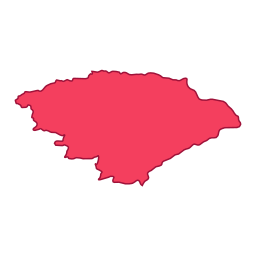 SVG path tracing the border of Ysyk-Köl
{"feature_id": "KGZ-1117", "entity_name": "Ysyk-Köl", "entity_type": "Region", "adm_level": 1, "iso_a3": "KGZ", "parent_name": "Kyrgyzstan", "parent_adm1": "", "projection": "albers", "projection_center": [77.293, 42.048], "detail": "fine", "context": "isolated", "style": "filled", "palette": "rose", "viewbox_px": 256, "rotation_deg": 0, "n_neighbors": 0, "source": "natural_earth", "source_scale": "10m", "svg_char_len": 5285}
<svg xmlns="http://www.w3.org/2000/svg" viewBox="0 0 256 256"><path d="M238.1,116.4L238.4,117.3L238.6,119.5L238.9,120.5L239.4,121.5L240.1,122.3L240.5,123.2L240.6,124.5L239.4,126.6L237.0,127.5L224.8,127.7L222.3,128.5L220.5,129.3L219.7,129.9L219.1,130.9L218.7,132.1L218.2,134.6L217.8,135.7L216.1,137.5L213.9,137.8L211.6,137.8L209.4,138.4L206.7,140.5L203.6,141.8L199.8,144.6L198.8,145.0L197.6,145.0L194.5,144.1L193.4,144.4L192.6,145.0L190.3,147.2L189.3,148.0L188.2,148.5L185.9,149.1L184.0,149.9L178.6,154.0L175.6,154.7L174.7,155.1L170.4,158.4L163.7,161.1L163.1,161.5L162.4,162.1L162.1,162.8L161.7,164.5L161.2,165.1L159.5,165.9L155.8,166.8L151.3,170.4L149.4,171.3L148.5,171.9L147.7,172.9L147.5,174.1L148.4,176.7L148.6,177.8L148.1,179.0L147.2,179.8L145.2,181.0L144.4,181.8L143.2,183.6L142.3,185.5L141.3,184.8L140.7,184.1L140.4,183.5L140.0,182.5L139.6,181.5L139.3,181.1L138.9,180.7L138.5,180.5L138.0,180.3L137.5,180.3L137.2,180.3L136.6,180.6L135.5,181.3L134.8,181.9L132.6,183.2L131.4,183.5L129.0,183.8L125.4,183.8L119.0,182.2L114.4,182.3L113.7,182.1L113.2,181.9L113.1,181.7L112.9,181.0L112.9,180.3L113.0,179.9L113.1,179.5L113.7,178.0L113.9,177.7L113.9,177.3L113.7,176.9L113.2,176.5L112.5,176.4L110.8,176.3L110.3,176.4L108.6,177.2L100.5,179.6L98.9,179.8L98.6,179.6L98.6,179.3L98.8,178.9L99.0,178.7L99.5,178.3L99.7,178.0L99.9,177.7L100.1,177.4L100.7,175.3L100.7,174.5L100.8,174.1L100.9,173.8L101.7,172.6L101.9,172.3L101.9,172.0L101.8,171.7L101.5,171.4L101.2,171.2L99.6,170.2L97.0,169.0L96.4,168.3L96.3,167.9L96.3,167.6L96.0,166.3L95.8,165.5L95.5,164.9L95.3,164.2L95.5,163.9L95.9,164.1L96.0,164.2L96.4,164.3L96.8,164.1L97.2,163.8L98.0,161.5L98.4,159.8L98.7,157.1L98.3,155.8L98.1,155.8L97.8,155.8L97.1,156.4L96.1,156.8L94.4,157.2L94.0,157.4L93.4,157.8L93.0,158.1L92.4,158.4L91.9,158.6L83.0,158.7L80.2,158.0L76.7,157.7L76.2,157.7L75.5,157.9L74.0,158.6L73.0,158.8L71.8,158.9L69.4,158.6L69.0,158.5L68.7,158.3L68.5,158.0L68.4,157.7L68.2,157.4L67.9,157.1L67.3,156.9L66.9,156.9L66.0,157.2L65.2,157.4L64.8,157.3L64.7,157.1L64.8,156.7L65.0,156.4L65.8,155.2L66.3,154.2L66.6,153.4L66.7,153.0L66.8,151.9L66.9,151.5L67.0,151.1L67.2,150.7L68.0,149.5L68.1,149.1L68.4,147.9L68.4,147.5L68.4,147.2L68.2,146.9L68.0,146.6L67.0,145.9L65.7,145.3L64.9,145.0L64.4,144.9L64.1,144.9L63.2,145.4L62.2,145.6L55.7,145.2L55.3,144.6L55.2,144.3L54.5,143.3L55.2,141.9L55.7,141.5L56.3,141.2L56.7,141.1L57.8,141.0L60.9,141.2L62.4,141.1L62.8,140.8L63.0,140.4L63.1,139.3L63.2,139.0L63.7,137.4L64.7,135.2L64.3,134.9L63.9,135.0L62.8,135.6L62.5,135.6L62.1,135.6L61.3,135.4L59.8,134.8L55.8,132.6L55.1,132.5L51.4,132.3L51.1,132.2L49.6,131.6L48.5,130.9L46.6,130.4L46.2,130.3L45.9,130.3L44.7,130.7L44.3,130.7L44.0,130.7L43.4,130.5L42.8,130.1L41.6,129.2L40.9,128.8L40.5,128.7L40.1,128.7L39.0,129.3L35.2,130.3L34.8,130.3L34.4,130.3L33.6,130.1L33.3,129.8L33.2,129.4L33.3,129.0L33.4,128.7L33.6,128.4L33.9,128.2L34.9,127.5L35.9,126.7L36.4,126.2L36.6,125.9L36.8,125.5L37.0,124.7L37.1,124.3L37.1,123.8L36.9,123.3L36.5,122.5L36.1,122.1L35.7,121.8L34.0,120.6L33.6,120.2L33.4,119.8L33.6,118.9L33.5,118.4L33.3,118.1L33.0,118.0L32.5,117.9L32.1,117.7L31.9,117.5L31.8,117.1L31.9,116.7L32.2,115.1L32.3,114.7L33.1,112.4L33.2,112.1L33.2,111.7L33.0,111.0L32.9,110.6L32.7,110.4L32.1,109.7L31.3,109.1L31.1,108.8L31.0,108.4L31.0,108.1L31.0,107.7L30.9,106.8L30.7,106.0L30.3,105.7L30.0,105.4L28.7,105.1L28.3,105.0L28.0,105.1L27.8,105.3L27.6,105.6L27.5,106.0L27.3,106.3L27.1,106.6L26.6,107.0L26.3,107.1L25.8,107.3L22.2,107.5L21.8,107.4L21.6,107.2L21.4,107.0L20.7,105.4L20.4,105.1L20.0,104.8L18.7,104.1L18.4,103.9L18.0,103.7L17.7,103.6L16.4,103.5L16.2,103.3L16.1,103.0L15.4,100.8L15.4,100.2L17.3,99.0L17.7,98.7L17.9,98.4L18.1,97.8L18.1,97.6L18.2,96.6L18.3,96.3L18.6,96.1L19.3,96.0L19.8,95.9L20.5,95.6L21.6,94.7L22.3,94.3L23.5,93.7L24.0,93.4L24.3,93.2L24.8,92.1L25.2,91.8L25.9,91.7L29.5,92.1L30.4,92.0L37.2,90.5L38.3,90.5L39.1,91.0L39.7,91.2L40.0,91.2L40.3,91.2L40.8,91.1L41.3,90.9L42.5,90.1L42.8,89.8L45.5,86.6L46.5,85.8L47.6,85.2L50.9,83.7L54.6,82.9L54.9,82.7L55.2,82.5L56.1,80.5L56.4,80.2L56.7,80.0L57.2,80.1L60.2,80.8L61.5,80.7L63.0,81.3L63.5,81.3L64.2,81.1L66.8,79.8L67.1,79.7L67.6,79.8L69.9,80.8L71.4,81.0L71.8,81.0L72.1,80.8L72.4,80.4L72.6,80.0L72.8,79.6L72.9,79.2L73.1,78.8L73.4,78.5L74.0,78.4L85.4,78.7L86.4,78.5L87.7,78.1L88.1,77.7L88.3,77.4L88.6,76.1L88.8,75.6L90.0,74.3L90.3,74.1L90.5,73.9L90.8,73.9L91.5,74.1L91.8,74.1L92.1,74.0L92.3,73.6L92.4,73.0L91.9,71.4L92.7,71.4L97.5,72.2L99.1,71.7L101.1,70.7L101.8,70.5L102.6,70.6L103.9,71.1L105.8,71.0L106.8,71.5L107.6,72.2L108.6,72.8L109.4,72.8L111.9,71.5L112.9,71.3L116.1,71.5L119.3,72.2L119.6,72.6L119.8,73.1L120.2,73.4L120.7,73.8L122.0,73.3L122.8,72.7L123.2,72.5L124.3,72.4L125.4,72.5L126.5,72.9L129.2,74.5L131.4,74.8L136.6,74.3L138.8,74.4L141.0,74.1L141.9,74.2L143.9,74.9L144.9,75.0L145.8,74.6L147.5,73.5L148.5,73.1L150.6,72.9L153.8,73.2L158.6,74.8L160.6,75.9L162.3,77.3L163.1,77.7L169.0,78.2L172.9,79.8L176.1,79.9L178.0,80.6L179.8,80.6L183.5,78.6L185.4,78.2L186.6,78.5L187.0,79.2L186.8,81.7L186.9,83.3L187.2,84.6L187.7,85.8L188.4,87.0L190.2,88.7L194.1,90.4L195.6,92.0L198.0,97.3L199.3,99.1L201.8,100.0L206.5,100.2L210.4,99.3L212.5,99.3L223.3,101.4L225.4,102.7L226.1,103.4L228.1,106.1L231.3,108.9L233.0,111.0L234.3,113.2L235.9,115.2L238.1,116.4Z" fill="#f43f5e" stroke="#9f1239" stroke-width="1.5"/></svg>